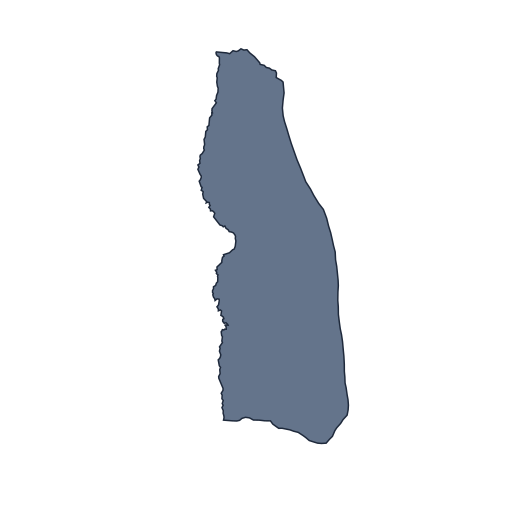 outline of Riaba, Bioko Sur, Equatorial Guinea, rotated 151°
{"feature_id": "11065452B69866248222639", "entity_name": "Riaba", "entity_type": "district", "adm_level": 2, "iso_a3": "GNQ", "parent_name": "Equatorial Guinea", "parent_adm1": "Bioko Sur", "projection": "orthographic", "projection_center": [8.763, 3.41], "detail": "fine", "context": "isolated", "style": "filled", "palette": "slate", "viewbox_px": 512, "rotation_deg": 151, "n_neighbors": 0, "source": "geoboundaries", "source_scale": "gbopen_adm2", "svg_char_len": 3517}
<svg xmlns="http://www.w3.org/2000/svg" viewBox="0 0 512 512"><g transform="rotate(151 256 256)"><path d="M253.5,72.6L250.0,76.8L247.5,80.7L245.2,85.7L243.6,90.4L241.0,97.2L239.7,101.7L236.9,107.2L234.7,112.2L231.3,118.4L227.7,125.8L224.7,132.7L221.9,139.0L219.4,145.6L217.6,151.5L215.2,157.7L212.3,164.9L208.6,171.8L206.0,177.5L201.8,184.8L198.4,190.1L195.9,195.1L193.4,200.9L190.4,207.9L188.3,214.0L184.8,221.1L183.2,227.4L181.4,233.3L179.4,240.2L178.0,247.0L175.9,254.7L174.5,264.1L175.7,271.7L176.1,281.1L175.9,288.1L176.5,296.8L175.7,302.2L174.5,310.9L173.5,320.2L171.9,329.7L170.6,337.4L168.9,345.5L167.3,352.6L165.9,359.7L164.3,365.4L161.2,372.6L156.8,379.1L152.4,385.0L148.0,395.0L148.7,397.3L150.3,399.8L151.8,402.3L149.4,406.1L149.2,408.6L152.0,411.1L153.2,413.8L155.6,415.9L156.4,418.8L159.5,421.6L159.1,423.2L160.7,431.0L163.0,436.7L163.9,440.8L166.8,442.0L168.7,444.5L172.0,444.0L174.1,444.4L176.6,446.7L180.9,445.7L183.1,447.8L191.7,453.7L192.5,453.1L193.0,451.3L192.7,449.6L191.8,448.4L191.9,447.1L194.6,442.4L195.1,440.9L198.2,438.2L198.9,436.5L201.8,434.5L203.3,432.2L203.5,430.7L206.0,427.1L207.5,423.1L207.7,421.2L209.9,417.7L212.6,415.6L214.9,412.5L216.7,411.8L216.4,409.2L223.0,406.2L224.2,404.3L224.7,402.4L225.2,402.7L226.3,400.6L229.6,399.3L233.9,393.0L236.1,392.6L237.2,390.0L239.5,389.3L242.7,384.6L244.9,383.2L246.7,378.8L247.3,377.9L248.7,376.8L249.7,375.2L249.8,373.7L253.4,371.7L255.9,371.2L256.9,370.0L257.5,368.1L259.0,366.9L260.1,364.2L262.7,363.8L262.8,361.5L264.8,360.0L265.3,354.5L265.1,352.5L266.0,351.0L267.8,349.6L269.4,349.0L270.4,343.2L269.9,342.2L272.1,340.0L271.2,338.5L271.1,337.7L272.6,336.0L273.9,331.8L272.8,327.5L273.8,326.6L272.1,326.4L270.9,325.4L271.8,323.6L271.6,322.5L273.7,321.4L273.1,319.2L273.9,317.5L272.3,316.8L271.6,315.3L271.3,313.4L274.1,310.8L272.5,300.6L270.7,298.7L270.5,297.4L268.7,297.3L268.8,294.7L267.7,292.6L267.6,290.3L265.8,288.8L264.5,287.1L264.2,284.4L264.4,283.1L265.6,281.4L266.3,278.9L269.5,274.5L271.8,272.6L273.4,272.8L277.6,271.7L283.8,272.9L284.0,271.4L285.9,271.1L288.0,268.7L289.0,267.0L295.5,265.3L296.6,262.9L298.4,263.2L298.2,260.8L299.1,260.0L299.0,259.3L298.4,257.9L299.5,256.9L299.9,255.5L302.1,252.0L303.8,251.5L305.6,249.8L308.1,249.7L309.1,247.9L310.8,246.8L311.7,245.1L311.5,243.9L312.6,243.0L313.1,240.6L312.8,238.6L313.4,236.9L310.8,237.4L309.2,236.1L309.7,234.9L312.4,231.5L313.9,230.8L314.8,230.5L314.6,228.0L315.5,226.3L313.3,226.1L312.8,224.6L315.5,221.1L314.7,219.9L314.7,219.5L314.2,218.5L314.5,216.7L315.8,216.7L316.7,215.3L316.8,214.4L316.3,213.8L316.6,213.0L316.0,212.3L314.6,212.3L313.9,209.9L314.0,209.0L315.9,210.4L316.6,210.5L316.4,208.7L317.5,206.4L318.9,207.2L320.0,206.9L321.1,207.9L322.4,206.9L323.2,206.6L324.6,203.0L324.5,201.7L327.1,198.2L327.3,196.6L332.0,194.2L332.1,192.7L334.1,190.5L334.7,186.6L336.3,184.8L337.7,184.0L339.4,183.5L341.3,177.8L341.0,175.8L342.8,174.2L344.4,170.5L347.1,168.7L347.8,167.1L349.0,156.2L350.0,154.5L353.0,152.8L353.1,150.6L355.0,147.7L354.7,145.5L357.1,143.3L357.1,141.4L359.3,139.9L359.6,136.6L361.0,134.4L361.6,131.7L362.4,130.0L364.0,128.2L356.9,123.5L352.8,121.0L350.0,120.2L349.5,120.3L347.0,120.8L343.4,120.0L340.2,117.6L337.8,113.8L332.8,110.9L328.2,107.6L323.3,104.8L322.8,100.8L321.0,97.0L319.7,94.3L316.7,92.7L310.5,87.4L308.1,84.6L304.6,81.3L301.9,76.2L300.4,72.9L298.9,68.8L295.8,65.5L292.9,62.5L289.6,60.3L285.4,58.3L280.5,60.1L276.6,61.2L271.7,65.0L268.7,66.6L263.2,68.5L259.2,70.7L253.5,72.6Z" fill="#64748b" stroke="#1e293b" stroke-width="1.5"/></g></svg>